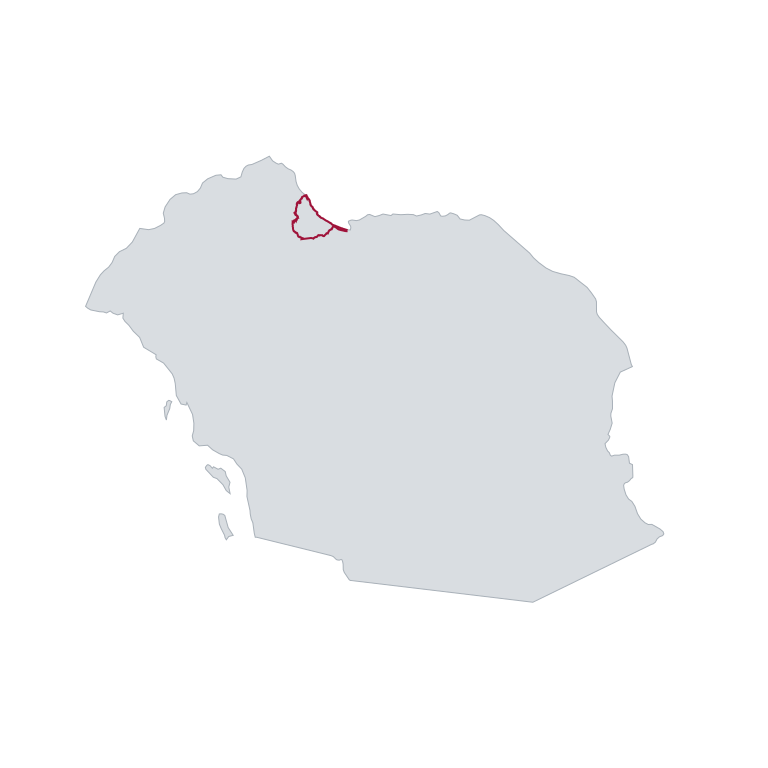 Ludewa, Njombe, United Republic of Tanzania shown in context, rotated 154°
{"feature_id": "72390352B43391507115191", "entity_name": "Ludewa", "entity_type": "district", "adm_level": 2, "iso_a3": "TZA", "parent_name": "United Republic of Tanzania", "parent_adm1": "Njombe", "projection": "natural_earth1", "projection_center": [34.61, -10.023], "detail": "fine", "context": "in_parent", "style": "outline", "palette": "rose", "viewbox_px": 768, "rotation_deg": 154, "n_neighbors": 0, "source": "geoboundaries", "source_scale": "gbopen_adm2", "svg_char_len": 8895}
<svg xmlns="http://www.w3.org/2000/svg" viewBox="0 0 768 768"><g transform="rotate(154 384 384)"><path d="M301.5,532.9L294.7,528.8L288.5,526.2L283.4,523.4L281.1,520.7L276.3,519.6L272.2,519.2L268.3,516.6L260.5,515.7L259.6,514.0L259.4,510.2L258.1,509.2L255.2,508.2L252.1,508.3L250.3,508.8L249.1,508.6L246.6,506.3L244.2,503.5L243.3,499.0L239.7,496.1L235.5,493.8L224.0,494.1L222.2,493.4L219.5,491.1L216.2,487.3L213.7,483.0L211.4,477.2L209.0,469.3L195.7,437.8L194.3,431.9L191.7,425.3L187.5,417.2L183.0,411.2L176.9,405.7L170.0,400.3L166.3,396.6L159.1,381.8L157.6,374.9L156.5,367.7L157.0,364.8L161.4,355.6L161.8,353.0L161.3,349.5L159.1,342.1L156.3,333.2L150.6,316.9L149.8,312.8L149.9,309.7L153.2,293.1L153.1,290.8L166.4,291.1L176.0,283.9L184.4,273.1L186.1,268.6L189.5,261.6L192.9,258.2L194.2,255.8L196.1,248.8L200.5,244.1L204.8,240.5L204.0,238.0L204.6,237.0L206.9,235.2L211.5,233.5L212.4,229.9L212.4,225.8L211.6,223.5L211.8,220.8L211.1,219.4L208.1,219.0L203.7,216.9L199.9,216.1L197.4,214.9L196.4,214.0L196.0,211.5L198.1,205.2L196.0,202.6L200.7,192.1L201.5,190.8L203.2,190.7L205.8,189.5L208.3,189.0L210.3,189.4L211.8,189.0L213.1,187.8L214.2,184.3L215.1,178.3L214.6,173.4L212.7,169.7L212.1,164.0L213.0,156.3L212.4,150.0L210.3,144.9L208.1,141.9L204.8,140.4L199.5,132.7L197.9,128.9L198.2,126.6L200.0,125.6L203.4,125.9L206.5,125.0L209.4,122.9L212.2,122.3L213.7,122.6L345.9,122.6L500.5,222.3L501.1,223.5L502.3,232.1L502.0,235.0L499.7,240.0L499.0,242.6L498.9,244.4L499.5,245.1L501.5,245.3L503.3,246.5L503.9,247.4L505.2,251.1L506.9,253.0L565.5,302.0L566.9,302.7L566.0,306.8L562.7,316.8L562.5,320.9L561.2,325.8L559.9,329.0L556.5,343.0L553.7,348.3L549.8,360.5L549.2,369.9L551.3,376.5L552.1,382.7L556.6,388.7L560.2,390.9L562.6,393.7L566.9,400.0L569.4,406.3L577.2,409.4L580.3,416.5L579.1,421.4L575.5,425.5L572.1,432.0L569.4,440.6L569.3,453.8L571.1,451.8L575.2,455.0L575.7,464.7L571.4,476.0L570.1,481.3L569.9,485.9L572.9,499.4L577.6,506.3L577.2,508.4L576.0,510.2L583.9,522.4L583.2,533.0L586.2,541.3L587.5,548.4L589.4,553.9L589.8,557.7L587.3,561.9L593.1,562.9L596.5,566.4L598.1,569.7L602.3,569.5L604.6,571.8L607.9,573.6L615.1,579.1L617.0,581.9L618.2,584.6L598.2,602.0L591.0,606.5L585.8,608.5L580.3,609.7L575.1,612.4L570.1,616.7L563.8,618.9L556.1,618.9L548.0,621.9L535.3,630.9L527.9,625.9L522.1,624.4L515.4,624.5L511.3,625.1L509.9,626.2L508.6,629.3L507.5,634.3L503.1,639.1L495.4,643.7L488.3,645.5L481.9,644.3L477.5,642.4L475.2,639.7L471.8,638.5L467.4,638.7L463.1,640.6L459.0,644.2L452.5,645.7L443.6,645.3L438.8,643.5L438.2,640.5L434.3,637.0L427.1,633.0L421.8,632.9L418.4,636.7L415.3,639.2L412.5,640.2L410.0,640.3L406.4,639.2L396.5,638.8L387.2,639.0L386.3,633.4L384.3,630.0L382.6,627.9L379.4,627.4L378.5,625.9L377.4,622.4L375.8,619.4L373.7,617.0L372.5,614.7L372.0,612.6L372.4,610.3L374.3,604.5L374.9,600.6L374.7,596.6L373.7,592.4L371.4,587.5L371.7,586.1L370.9,582.8L370.9,580.4L371.3,577.5L370.9,573.7L368.9,565.4L368.9,563.3L366.9,559.4L360.7,550.0L360.4,548.8L350.6,539.3L346.7,537.2L345.3,539.0L344.8,540.6L345.2,543.7L345.0,545.2L344.6,545.9L342.3,545.8L340.8,545.4L337.1,542.9L334.2,542.2L327.1,542.7L324.6,543.3L322.6,542.7L318.8,538.4L314.4,537.5L310.4,537.2L303.8,532.3L301.5,532.9ZM578.3,375.0L581.5,385.4L581.1,387.4L578.8,388.6L577.6,388.7L576.2,387.0L575.2,383.5L573.5,384.3L570.5,380.1L567.6,379.9L565.1,374.9L566.1,370.6L565.5,363.2L568.7,359.4L570.4,352.9L572.5,357.3L572.9,364.1L575.6,372.2L578.3,375.0ZM594.0,313.1L594.2,315.6L593.6,317.9L593.7,325.3L593.4,330.2L591.0,337.0L589.0,339.4L587.3,338.7L585.8,337.6L584.7,335.7L587.0,323.3L585.9,314.1L590.4,315.0L594.0,313.1ZM587.1,463.1L584.8,463.7L583.9,463.1L582.5,461.1L585.0,459.3L587.3,455.9L592.8,451.0L595.4,447.0L595.0,450.9L591.9,459.3L589.2,459.9L587.1,463.1Z" fill="#d9dde1" stroke="#a8b0b8" stroke-width="1"/><path d="M350.0,538.9L352.9,541.6L353.2,541.9L353.3,542.1L353.5,542.1L354.0,542.7L354.3,542.9L354.9,543.7L356.1,544.9L356.4,545.4L356.8,545.8L357.7,546.7L357.8,546.8L357.9,547.0L358.0,547.1L358.4,547.5L358.5,547.7L358.7,548.0L359.3,548.4L359.6,548.8L360.2,549.4L360.4,549.6L360.5,549.9L360.7,550.0L360.8,550.3L360.9,550.6L361.0,550.9L361.0,551.1L361.0,551.4L361.2,551.6L361.4,552.0L361.5,552.0L361.8,552.5L362.0,552.6L362.1,553.0L362.5,553.5L362.8,553.9L362.8,554.0L363.0,554.3L363.3,554.9L363.8,555.5L364.4,556.2L364.8,556.9L365.0,557.2L365.5,558.1L365.9,558.7L366.0,559.1L366.2,559.5L366.6,559.8L366.8,560.1L367.1,560.4L367.2,560.5L367.3,560.7L367.6,560.8L367.9,561.3L368.0,561.8L368.2,562.0L368.2,562.3L368.1,562.5L368.4,562.9L368.5,562.9L368.5,563.3L368.8,563.5L368.9,563.8L369.0,564.0L369.2,564.3L369.4,564.7L369.5,564.8L369.6,565.0L369.6,565.3L369.5,565.5L369.7,565.8L369.4,566.3L369.5,566.5L369.3,566.6L369.0,567.1L368.8,567.3L368.7,567.6L368.8,567.7L368.9,567.9L369.0,568.2L369.1,568.5L369.8,569.4L369.9,569.9L370.0,570.3L370.2,570.5L370.3,570.8L370.4,571.1L370.7,571.5L370.8,571.8L370.8,572.1L370.6,572.3L370.9,572.8L370.8,573.0L370.7,573.2L370.8,573.5L370.8,573.8L370.6,574.1L370.6,574.4L370.8,574.8L370.9,575.1L371.1,575.2L371.3,575.6L371.3,575.8L371.3,576.0L371.3,576.3L371.5,576.6L371.5,576.9L371.4,576.9L371.3,577.4L371.4,577.6L371.4,577.8L371.0,578.5L371.0,578.9L370.9,579.4L370.8,579.8L370.7,580.6L370.6,580.8L370.7,581.1L370.4,581.5L370.5,581.7L370.4,581.9L370.4,582.4L370.4,582.7L370.4,582.9L370.6,583.1L370.7,583.4L370.9,583.9L370.9,584.3L371.4,583.9L371.8,584.3L371.8,584.2L371.8,584.3L371.9,584.2L371.9,584.3L371.6,584.6L371.8,585.0L371.9,585.3L371.9,585.5L371.8,585.8L371.5,586.2L371.2,586.5L371.0,586.9L370.9,587.3L370.9,587.6L371.1,587.9L371.4,587.9L371.7,587.7L371.9,587.6L372.0,587.7L372.2,588.0L372.3,588.0L372.4,587.9L372.4,587.5L372.5,587.5L373.1,587.7L373.2,587.8L373.3,588.1L373.6,587.9L374.0,588.0L374.5,587.9L375.3,588.0L375.6,588.0L376.2,587.5L376.3,587.2L376.4,586.8L376.5,586.7L377.0,586.7L377.2,586.8L379.1,585.9L378.8,585.7L379.0,585.1L379.3,584.6L379.4,583.9L379.7,583.5L379.8,583.4L380.8,583.6L380.7,583.9L380.9,583.9L381.1,584.1L381.1,584.3L381.3,584.7L381.2,585.0L381.1,585.5L381.3,585.7L381.2,585.8L381.9,585.2L382.8,584.8L383.0,584.5L383.1,584.2L383.5,584.0L383.4,583.7L383.7,583.1L383.8,582.7L384.4,582.2L384.7,582.0L385.3,580.9L386.0,580.6L387.0,578.4L387.4,578.3L387.5,578.2L387.5,577.6L387.6,577.4L388.0,577.2L388.2,577.4L388.4,577.3L388.5,577.1L388.8,576.9L389.3,577.2L389.5,577.1L389.5,576.8L389.4,576.6L389.0,576.2L388.9,575.8L388.8,576.5L388.6,576.4L388.6,575.9L388.6,575.7L388.8,575.4L388.7,575.2L388.7,574.6L388.8,574.6L388.8,574.9L389.0,575.0L389.2,574.9L389.4,575.0L389.4,574.8L389.1,574.6L389.1,574.4L388.9,574.3L388.8,574.0L388.7,573.8L388.3,573.5L388.1,573.0L388.1,572.9L388.3,572.8L388.4,572.6L388.2,572.4L388.1,571.9L388.3,571.6L388.5,571.7L388.5,571.1L388.8,571.2L389.1,571.2L389.3,570.8L389.5,570.8L389.8,570.6L390.2,570.9L390.4,570.9L390.6,570.7L390.4,570.6L390.2,570.6L390.1,570.4L390.2,570.2L390.4,570.2L390.5,569.8L390.8,569.8L390.9,570.0L391.2,570.1L391.2,569.9L391.2,569.7L391.4,569.3L391.5,569.2L391.5,569.4L391.6,570.0L391.8,570.2L392.0,570.2L392.3,569.9L392.4,570.0L392.6,570.3L393.1,570.2L393.3,570.4L393.5,570.4L393.7,570.1L394.1,569.8L394.2,569.6L393.7,569.3L393.6,569.1L394.0,568.8L394.1,568.7L394.3,568.5L394.6,568.7L394.7,568.9L394.6,569.2L394.4,569.6L394.4,569.8L394.8,570.1L394.9,569.8L395.0,569.9L395.0,570.0L395.1,569.7L395.2,569.4L395.5,568.8L395.7,568.5L396.2,567.7L396.3,567.0L396.5,566.4L397.0,565.7L397.3,564.2L397.7,563.6L397.8,563.1L398.0,562.4L398.1,561.4L398.1,560.9L397.8,560.8L397.6,560.2L397.5,559.9L397.3,559.8L397.2,559.6L397.2,559.3L397.2,559.0L396.9,558.9L396.8,558.5L396.6,558.5L396.4,558.0L396.0,557.9L395.9,557.7L396.1,557.1L396.1,556.7L396.0,556.4L396.0,556.2L396.1,555.9L396.2,555.7L396.3,555.4L396.4,554.9L396.3,553.9L396.2,553.7L395.6,553.5L395.1,553.2L395.2,552.7L394.7,552.3L394.5,551.9L394.2,551.9L393.9,551.3L393.5,551.0L393.4,550.9L394.4,550.5L394.6,550.3L394.0,550.1L385.5,547.2L384.9,546.7L384.1,546.1L383.7,545.6L383.0,546.0L382.8,545.9L382.5,546.0L382.3,546.0L381.8,546.0L381.5,546.2L381.3,546.1L381.1,546.1L380.7,545.8L380.0,545.6L379.8,545.7L379.0,546.1L378.8,546.1L378.5,546.3L378.2,546.3L378.0,546.5L377.8,546.5L377.5,546.5L377.0,546.2L376.9,545.8L376.0,545.7L375.2,545.2L374.2,544.8L374.1,544.7L373.9,543.7L373.5,543.4L373.3,543.3L373.1,543.2L372.9,543.2L372.5,543.4L371.4,543.9L370.4,544.1L369.8,544.6L369.3,544.6L369.2,544.4L368.9,544.2L368.7,544.0L368.5,543.9L368.2,544.3L367.6,544.7L367.5,544.9L367.1,545.2L366.9,545.5L366.2,545.7L366.0,546.0L365.8,546.1L365.7,546.1L365.3,546.0L365.1,546.1L364.9,546.0L364.6,546.1L364.0,546.0L363.6,546.2L363.4,546.4L363.0,546.6L362.7,546.7L362.6,546.4L362.1,546.8L361.7,547.2L361.2,547.6L360.8,547.6L360.2,547.6L359.6,547.2L359.1,546.5L358.7,546.2L358.3,545.2L358.1,544.9L357.7,544.0L357.4,543.4L356.9,542.7L356.6,542.5L355.8,541.7L354.2,540.4L353.5,539.9L352.1,538.7L350.9,537.9L350.7,537.8L350.5,538.4L350.0,538.9Z" fill="none" stroke="#9f1239" stroke-width="2"/></g></svg>